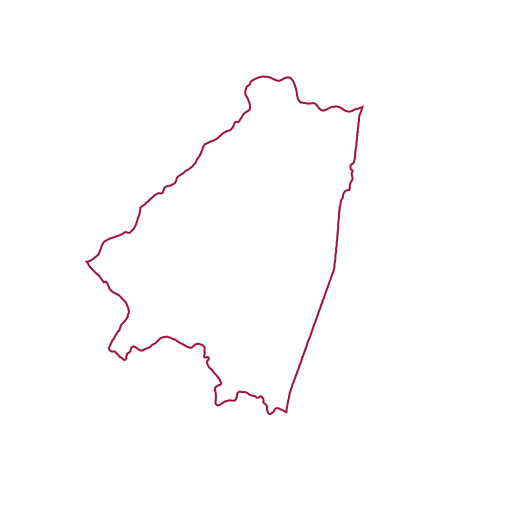 outline of Morales, Izabal, Guatemala, rotated 324°
{"feature_id": "79465075B97649712901036", "entity_name": "Morales", "entity_type": "district", "adm_level": 2, "iso_a3": "GTM", "parent_name": "Guatemala", "parent_adm1": "Izabal", "projection": "robinson", "projection_center": [-88.797, 15.422], "detail": "fine", "context": "isolated", "style": "outline", "palette": "rose", "viewbox_px": 512, "rotation_deg": 324, "n_neighbors": 0, "source": "geoboundaries", "source_scale": "gbopen_adm2", "svg_char_len": 6116}
<svg xmlns="http://www.w3.org/2000/svg" viewBox="0 0 512 512"><g transform="rotate(324 256 256)"><path d="M115.6,161.2L115.7,162.0L115.7,162.5L115.7,163.1L115.7,163.5L115.6,163.9L115.4,164.6L115.3,165.1L115.3,165.6L115.3,167.2L115.3,168.2L115.3,168.6L115.4,169.2L115.5,170.0L115.9,172.0L116.2,174.3L116.5,175.8L116.8,177.5L117.1,178.3L117.3,178.9L117.5,179.4L117.6,179.8L117.6,180.2L117.6,180.6L117.3,181.4L117.4,186.6L117.4,187.3L117.4,187.9L117.9,188.0L118.4,188.1L119.0,188.4L119.5,188.7L119.5,191.3L118.7,194.9L118.2,195.9L118.1,197.5L118.5,198.3L118.8,200.8L119.8,202.8L121.3,205.5L121.6,206.8L122.1,207.3L123.3,216.1L123.2,218.4L122.5,220.8L122.3,222.6L121.3,224.3L121.2,225.1L120.6,226.2L119.2,227.7L118.3,227.9L117.3,228.7L116.4,230.1L115.2,230.1L114.0,230.9L111.2,231.7L106.5,232.4L105.5,233.0L105.1,233.6L104.4,233.8L103.0,235.0L101.2,235.9L99.1,236.1L98.4,236.8L95.7,237.6L93.5,238.9L89.7,240.0L89.4,240.4L83.2,243.8L82.4,244.8L82.3,246.4L82.6,247.7L83.5,248.9L84.8,249.5L85.8,250.6L85.7,252.6L86.2,253.2L86.5,257.5L87.3,259.2L87.9,261.8L88.5,262.8L89.2,263.1L90.9,262.7L92.3,260.9L93.9,259.8L94.1,259.3L96.8,259.5L98.4,259.2L101.5,256.7L103.9,257.2L104.2,257.8L104.9,258.8L106.1,262.7L106.6,263.4L107.1,264.8L108.8,265.8L111.2,265.9L112.5,266.5L116.7,267.4L120.2,266.9L123.9,267.5L125.2,267.1L130.5,266.4L133.2,267.1L136.4,268.8L139.1,272.3L140.1,274.5L140.9,275.3L142.1,277.9L142.8,280.4L145.0,284.5L146.9,288.9L149.1,291.9L150.5,292.3L155.4,291.9L157.6,293.0L158.5,293.9L160.6,297.2L160.8,298.9L160.0,300.9L157.9,303.3L157.9,303.8L156.6,305.3L155.4,306.1L154.8,307.0L154.9,308.0L155.5,308.2L156.0,308.8L157.7,309.3L157.6,311.2L156.5,312.0L155.3,312.1L154.3,312.9L153.5,313.9L152.8,315.9L152.6,319.8L153.2,321.1L153.4,325.4L153.9,328.9L154.0,335.2L153.5,336.0L153.4,337.9L152.3,339.0L151.1,339.1L149.8,338.5L146.9,338.2L146.4,338.6L145.5,338.5L144.2,339.9L143.8,341.3L141.9,344.8L139.0,348.7L137.5,350.0L136.5,351.9L136.8,353.8L137.6,354.7L138.4,355.1L145.3,355.4L147.0,356.2L149.4,356.9L152.9,359.9L153.8,360.4L154.5,360.3L155.9,359.9L156.3,359.3L157.8,358.7L158.4,357.9L160.0,356.2L161.3,355.9L162.3,356.0L162.9,356.1L163.5,356.4L163.9,356.8L164.1,357.4L164.7,358.1L165.8,358.5L167.0,359.4L168.0,360.9L168.6,361.9L168.9,363.8L170.3,366.1L172.8,368.8L173.1,370.6L173.6,371.4L174.5,371.9L177.2,372.2L178.0,373.2L177.9,375.9L177.4,377.1L176.2,378.2L175.9,379.7L176.2,380.3L176.8,382.7L176.4,384.3L174.6,386.8L173.6,389.8L173.6,391.0L174.3,391.9L175.4,392.4L178.1,392.3L179.5,392.1L179.9,391.6L181.7,391.0L183.4,391.2L184.7,392.5L185.8,394.8L186.6,395.7L187.6,397.9L187.6,398.4L188.5,399.6L188.8,400.2L189.5,399.5L189.6,399.1L192.5,396.3L197.4,391.6L199.0,390.4L201.1,388.1L201.4,388.1L203.0,386.4L203.2,386.1L203.7,386.1L204.5,385.4L208.5,382.7L210.4,381.1L211.2,380.9L215.1,378.2L217.1,377.0L218.0,376.0L220.2,375.0L221.5,373.7L223.9,372.4L225.8,370.8L227.8,369.7L228.0,369.2L228.5,369.2L230.5,368.0L232.0,366.6L232.4,366.6L233.9,365.1L234.6,364.9L235.2,364.8L237.1,363.1L238.4,362.5L239.7,361.3L241.3,360.6L241.5,360.1L243.3,359.1L245.4,357.5L247.9,355.6L248.5,355.5L249.2,354.9L249.8,354.5L251.7,353.5L257.5,349.4L261.7,346.4L262.8,345.5L265.9,343.8L266.4,343.2L267.9,342.4L270.7,340.2L271.0,340.3L271.4,339.8L273.8,338.1L274.1,337.9L277.4,335.9L279.6,334.1L282.3,332.6L283.6,331.3L286.8,329.6L290.1,327.0L295.7,323.3L308.2,314.7L308.6,314.7L309.9,313.8L310.2,313.2L311.5,312.5L312.9,311.1L314.2,309.3L319.0,304.5L320.7,302.0L322.1,300.8L324.2,298.6L325.3,296.9L326.1,296.3L326.6,295.7L328.0,294.4L328.2,293.8L329.6,292.1L330.8,290.8L331.3,290.6L332.8,288.4L333.1,288.3L335.4,285.4L335.8,285.4L336.5,284.2L339.0,281.6L339.8,280.6L340.7,279.1L345.3,274.1L346.0,272.9L346.5,272.8L346.6,272.3L348.1,270.4L349.5,269.2L350.0,268.2L350.7,267.5L351.1,267.5L351.6,267.2L352.0,266.1L353.5,265.0L357.4,261.1L360.7,259.7L361.9,258.1L364.3,256.5L366.5,255.9L368.7,256.4L370.2,257.4L371.6,256.4L373.7,253.6L375.9,252.2L378.8,250.9L379.6,250.2L380.4,248.6L381.4,246.1L382.1,245.1L382.6,244.8L383.2,244.5L383.9,244.3L384.3,244.0L384.1,242.4L383.7,241.8L383.9,240.7L384.3,240.1L385.6,238.4L386.8,238.3L387.2,237.9L388.0,238.1L390.1,237.8L393.9,234.6L394.2,234.1L398.5,229.1L402.9,224.8L403.8,223.4L407.2,220.1L408.2,218.4L409.2,217.6L410.8,215.6L411.2,215.6L411.2,215.2L413.6,212.6L417.9,207.8L418.4,207.6L421.2,204.0L422.8,202.8L426.6,200.4L429.7,198.0L428.8,197.9L427.6,197.5L424.6,196.5L423.0,195.7L418.5,195.0L416.7,194.3L415.5,193.3L413.7,191.1L412.9,189.5L413.0,189.1L412.1,187.5L412.1,186.9L411.0,184.6L408.5,181.8L407.1,181.4L405.6,180.3L404.2,179.7L399.2,179.0L396.0,178.0L395.3,177.4L394.6,176.5L393.9,174.2L393.8,169.3L393.4,167.3L391.9,165.8L389.6,164.6L388.0,163.3L387.4,163.2L384.8,160.2L382.7,158.4L382.3,157.8L382.4,157.2L382.1,156.8L382.2,154.3L383.5,150.2L385.0,148.0L387.8,141.1L388.8,136.4L388.7,132.7L388.4,131.6L387.4,131.0L386.7,130.1L385.2,129.4L383.5,128.9L380.0,128.6L377.3,127.7L374.7,124.5L374.3,123.1L373.2,121.8L372.9,120.9L372.3,119.7L370.7,118.0L367.1,114.9L364.0,113.4L358.1,112.0L354.8,111.8L353.6,112.2L352.0,113.6L348.5,113.5L345.2,115.5L343.4,117.2L342.5,118.8L341.8,124.0L340.5,128.9L338.9,131.9L337.6,133.4L336.8,133.6L336.2,134.1L331.3,133.6L329.4,133.9L321.5,137.1L320.4,137.2L318.5,135.5L317.3,135.5L314.2,137.6L311.0,138.8L308.5,138.9L306.1,138.0L301.7,137.3L293.3,138.2L289.5,137.6L285.7,136.5L282.0,136.0L280.4,135.5L277.7,136.6L274.4,138.9L273.2,139.4L272.5,140.2L271.0,140.9L270.3,141.0L269.0,142.1L265.1,143.0L263.9,143.9L262.8,144.6L261.2,145.3L259.5,145.3L259.0,145.8L256.5,146.2L252.7,146.3L248.3,145.7L245.7,146.4L244.9,146.1L240.7,145.9L238.7,146.2L237.6,146.5L235.1,148.5L233.0,149.4L228.0,148.7L225.7,147.4L223.6,147.0L221.9,147.1L221.0,147.7L218.0,149.9L216.2,149.8L215.5,149.2L214.1,147.9L213.1,147.6L210.0,147.3L202.9,148.0L202.5,148.3L197.8,148.4L197.1,148.9L191.8,148.8L190.8,149.1L186.3,153.7L182.4,156.1L181.5,157.0L176.5,160.6L173.3,162.1L167.6,163.0L166.6,162.4L164.4,159.8L159.5,159.5L147.2,155.8L142.1,155.2L140.1,155.6L138.1,156.5L130.2,161.9L127.4,162.4L121.4,162.6L119.1,162.4L115.6,161.2Z" fill="none" stroke="#9f1239" stroke-width="2"/></g></svg>